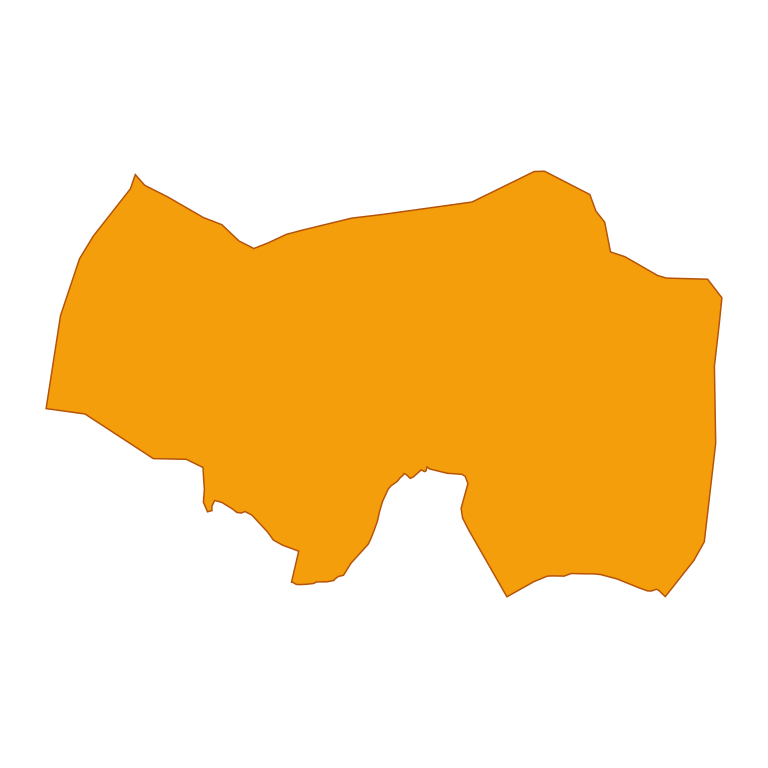 Enugu North, Enugu, Nigeria (Natural Earth projection)
{"feature_id": "59680162B72641942292242", "entity_name": "Enugu North", "entity_type": "district", "adm_level": 2, "iso_a3": "NGA", "parent_name": "Nigeria", "parent_adm1": "Enugu", "projection": "natural_earth1", "projection_center": [7.486, 6.446], "detail": "fine", "context": "isolated", "style": "filled", "palette": "amber", "viewbox_px": 768, "rotation_deg": 0, "n_neighbors": 0, "source": "geoboundaries", "source_scale": "gbopen_adm2", "svg_char_len": 1531}
<svg xmlns="http://www.w3.org/2000/svg" viewBox="0 0 768 768"><path d="M719.2,324.3L721.9,297.8L707.6,279.2L666.4,278.1L657.4,275.4L625.1,256.8L610.5,251.9L604.7,222.2L595.9,211.1L589.9,194.6L544.5,171.2L534.2,171.5L472.0,202.0L379.7,214.8L351.8,218.1L303.2,229.9L286.5,234.3L268.3,242.8L253.8,248.5L239.0,241.0L221.9,224.7L203.3,217.5L168.0,197.1L144.7,185.3L135.3,174.6L130.4,188.8L93.3,236.1L79.5,258.8L60.5,315.7L46.1,408.6L85.0,414.0L153.3,458.6L186.2,459.3L203.0,467.5L203.6,478.5L204.4,489.3L203.4,502.2L207.5,511.8L212.0,510.6L211.8,506.5L214.6,500.5L221.8,502.4L227.4,505.8L232.7,509.1L236.9,512.5L241.5,513.0L244.9,511.5L251.9,515.1L267.6,532.0L273.3,540.0L282.6,545.2L298.7,551.2L291.5,582.2L293.3,582.6L296.2,584.4L299.3,584.6L306.1,584.3L313.5,583.5L316.8,581.9L326.9,581.8L333.9,580.5L334.6,579.4L338.2,576.5L343.5,575.3L345.2,572.5L351.0,563.2L368.2,544.2L370.7,539.0L374.2,530.2L377.5,520.9L379.5,511.8L382.5,501.5L388.2,489.1L391.1,485.7L396.2,482.2L397.8,480.8L400.0,477.9L402.9,475.4L404.1,473.5L406.8,475.0L408.8,477.0L410.3,478.4L413.6,476.7L421.2,469.9L424.6,471.6L426.0,470.9L427.0,467.0L429.8,469.0L447.4,473.3L461.8,474.3L465.2,476.3L467.9,483.6L466.0,490.5L461.1,508.3L462.6,518.0L468.5,529.6L506.9,596.8L534.0,581.6L547.2,576.2L551.9,575.9L564.2,576.1L571.2,573.5L583.0,573.8L594.4,573.9L600.8,574.6L616.9,578.9L639.7,588.1L647.9,591.0L651.5,591.0L656.3,589.3L658.3,590.0L665.3,596.6L693.9,560.4L704.3,541.8L715.7,443.3L714.4,366.2L719.2,324.3Z" fill="#f59e0b" stroke="#b45309" stroke-width="1.5"/></svg>